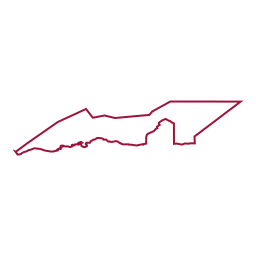 the district of Grindavíkurbær, Suðurnes, Iceland
{"feature_id": "244011B76002453234506", "entity_name": "Grindavíkurbær", "entity_type": "district", "adm_level": 2, "iso_a3": "ISL", "parent_name": "Iceland", "parent_adm1": "Suðurnes", "projection": "robinson", "projection_center": [-22.33, 63.889], "detail": "medium", "context": "isolated", "style": "outline", "palette": "rose", "viewbox_px": 256, "rotation_deg": 0, "n_neighbors": 0, "source": "geoboundaries", "source_scale": "gbopen_adm2", "svg_char_len": 1822}
<svg xmlns="http://www.w3.org/2000/svg" viewBox="0 0 256 256"><path d="M240.6,101.6L170.3,101.5L152.2,111.5L149.4,114.9L115.0,118.0L104.5,115.5L92.8,117.7L86.0,109.0L57.8,122.0L27.2,143.3L15.9,151.7L15.4,151.5L16.9,153.6L17.0,154.2L16.6,154.5L17.6,154.2L17.9,154.5L19.5,154.4L21.1,153.9L22.1,152.9L23.4,152.3L27.0,151.2L28.4,150.2L30.1,149.9L34.2,148.3L40.1,148.9L44.3,150.4L51.1,151.6L54.5,151.3L55.2,150.9L57.7,150.5L58.3,149.7L57.5,149.5L58.4,148.7L59.6,148.6L60.6,149.0L60.9,148.7L60.0,148.0L60.7,146.8L60.6,146.1L61.0,145.7L63.1,145.6L63.7,146.0L63.5,146.3L64.2,146.1L65.5,146.5L67.6,146.3L69.6,147.0L70.8,146.9L71.9,146.5L71.6,146.1L71.9,145.0L72.2,144.9L72.2,145.4L73.6,145.4L74.4,145.2L74.3,144.7L74.9,144.4L76.1,144.5L77.7,144.0L78.7,144.3L77.7,143.8L79.1,143.2L78.3,143.0L78.6,142.7L80.2,142.6L80.2,142.2L80.7,142.0L81.2,142.0L82.0,142.6L80.8,142.8L82.1,142.9L80.7,143.4L79.4,143.3L80.5,143.5L80.6,143.8L79.6,144.1L79.5,144.3L80.6,143.9L81.5,145.4L81.5,146.0L83.3,146.9L85.1,147.1L87.1,145.9L87.0,145.4L85.9,144.3L86.2,143.9L85.9,143.6L86.2,142.9L87.0,142.7L89.8,142.8L90.4,142.1L90.5,141.4L91.3,140.8L92.5,140.4L93.1,139.8L95.4,139.3L96.6,138.2L98.2,137.9L102.3,138.4L103.5,139.2L103.5,139.6L106.1,139.6L108.1,141.4L109.2,141.7L109.7,141.5L110.9,141.9L112.7,141.8L115.6,141.2L117.5,141.4L119.5,142.9L120.5,143.1L120.5,143.4L123.0,144.4L128.6,144.3L129.0,144.7L131.2,144.7L136.6,145.5L142.1,144.3L142.9,144.6L143.0,144.2L146.2,143.6L146.2,137.2L147.0,134.5L149.1,133.2L153.9,131.1L155.9,128.8L157.3,128.3L156.9,126.7L159.6,125.0L158.9,124.4L158.8,123.2L159.3,122.4L162.2,120.4L165.6,118.9L169.1,120.9L169.9,120.9L171.8,122.5L173.9,123.4L174.0,143.8L177.2,143.6L180.6,144.4L182.4,144.5L184.6,143.5L188.4,143.7L190.7,143.3L194.8,143.4L194.5,136.5L240.6,101.6Z" fill="none" stroke="#9f1239" stroke-width="2"/></svg>